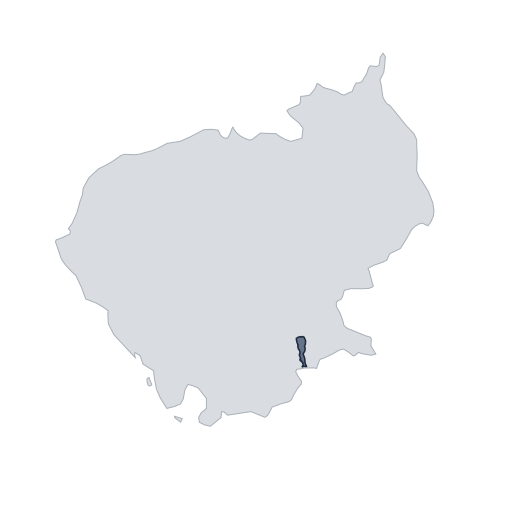 Leuk Daek, Kândal, Cambodia (highlighted), rotated 343°
{"feature_id": "14789045B16500497794809", "entity_name": "Leuk Daek", "entity_type": "district", "adm_level": 2, "iso_a3": "KHM", "parent_name": "Cambodia", "parent_adm1": "Kândal", "projection": "albers", "projection_center": [105.189, 11.12], "detail": "fine", "context": "in_parent", "style": "filled", "palette": "slate", "viewbox_px": 512, "rotation_deg": 343, "n_neighbors": 0, "source": "geoboundaries", "source_scale": "gbopen_adm2", "svg_char_len": 6285}
<svg xmlns="http://www.w3.org/2000/svg" viewBox="0 0 512 512"><g transform="rotate(343 256 256)"><path d="M436.8,99.2L437.9,103.2L435.0,110.8L431.9,117.7L426.0,123.8L425.8,128.2L423.8,141.4L424.6,145.6L426.0,149.2L428.0,151.1L433.3,164.0L438.0,175.7L442.8,185.3L443.6,191.5L439.5,207.0L434.6,221.2L435.1,228.3L437.3,235.4L439.7,244.8L440.6,256.9L439.4,264.8L437.2,269.8L432.9,274.8L429.2,277.4L424.7,273.2L421.1,273.0L416.3,274.3L412.5,276.3L404.8,283.7L396.3,291.0L384.5,292.9L379.9,298.2L375.0,299.0L365.6,299.3L359.5,300.6L359.8,303.2L359.3,315.9L359.4,318.9L358.5,319.6L354.3,320.0L347.1,318.1L337.3,315.0L330.4,314.6L326.9,320.1L324.7,322.2L322.1,322.6L319.4,323.6L318.5,326.0L318.2,329.1L319.6,334.4L320.1,342.7L319.8,348.4L322.3,352.0L337.2,364.1L341.6,367.1L342.1,368.9L339.6,375.5L341.9,384.8L337.2,384.6L329.4,380.7L325.7,378.2L321.2,380.2L319.6,379.8L316.6,375.3L312.6,370.6L308.5,370.3L299.8,372.2L290.9,373.5L287.6,373.5L286.2,374.3L281.0,381.2L278.9,380.0L269.9,377.4L261.8,376.4L260.1,378.2L261.1,383.8L262.9,389.4L261.8,391.7L257.3,394.6L251.4,399.8L247.8,403.9L245.2,404.9L236.2,404.7L227.2,405.2L223.6,409.0L220.2,412.0L217.3,412.8L205.6,403.3L182.3,399.9L179.8,395.7L177.5,394.9L175.3,400.3L162.5,405.5L157.2,402.3L153.2,398.4L153.9,393.8L157.6,390.0L164.0,387.3L166.9,377.7L162.2,365.4L157.9,361.8L153.5,358.9L148.7,363.5L144.7,371.3L140.6,375.3L134.7,376.1L126.2,375.7L123.0,364.0L121.9,354.0L123.2,342.6L124.5,335.8L116.4,326.4L116.0,317.5L112.0,312.9L110.9,315.2L110.9,317.8L109.8,315.9L97.1,289.7L95.0,277.6L97.3,268.3L98.6,265.2L95.0,260.3L89.8,254.6L80.6,247.3L80.0,235.7L78.1,222.1L75.4,217.5L71.2,209.0L69.0,202.1L68.4,183.7L69.6,182.2L76.1,181.8L84.5,180.5L85.9,177.6L84.4,175.1L89.8,171.0L97.6,162.0L103.6,152.5L108.0,146.5L110.6,140.6L119.2,132.2L131.2,126.5L139.3,125.2L147.7,123.2L155.8,120.5L159.6,120.2L169.6,123.7L175.0,124.6L180.7,124.6L186.6,124.9L191.7,124.6L204.0,122.3L217.0,124.2L228.6,122.7L243.0,120.0L250.1,121.7L256.5,124.5L257.4,130.1L258.9,132.6L261.0,134.6L263.9,134.6L267.6,130.7L270.6,126.7L271.6,126.0L271.8,127.9L273.3,132.3L276.1,136.6L278.8,139.4L283.5,143.2L286.5,143.4L296.3,139.8L311.1,145.0L312.8,147.6L317.6,152.8L322.8,156.6L334.3,156.8L338.3,147.5L336.3,141.8L329.8,132.0L328.0,126.1L330.0,125.1L341.1,123.9L342.9,122.8L345.4,116.4L348.4,117.1L354.5,117.9L361.0,113.5L364.9,108.9L367.0,110.9L369.3,114.2L371.8,116.0L376.5,118.8L381.7,122.7L384.9,126.5L387.5,127.9L394.1,126.8L395.9,127.0L399.7,122.3L402.3,119.8L404.6,120.5L407.9,120.4L414.8,114.4L418.7,109.0L420.8,107.5L427.0,110.2L429.5,109.6L433.0,102.1L436.8,99.2ZM118.7,348.6L117.4,349.3L116.2,349.2L115.0,348.2L115.1,344.0L116.0,341.4L118.1,340.9L118.7,348.6ZM137.9,390.0L135.3,392.9L131.1,387.0L131.2,385.4L137.9,390.0Z" fill="#d9dde1" stroke="#a8b0b8" stroke-width="1"/><path d="M270.6,346.5L270.5,346.9L270.4,347.1L270.3,347.3L270.3,347.6L270.2,347.8L270.1,348.0L270.0,350.6L270.0,350.8L270.0,351.0L270.0,351.4L270.0,351.6L270.1,352.2L270.0,353.1L270.2,353.3L270.0,353.5L270.1,353.8L270.0,354.0L269.8,354.2L269.8,354.3L269.7,354.4L269.7,354.5L269.6,354.9L269.6,355.0L269.4,355.1L269.4,357.9L270.0,358.5L270.0,358.8L270.0,361.0L269.8,361.3L269.7,361.4L269.6,361.5L269.4,361.8L269.2,361.9L269.2,362.0L269.2,362.3L269.3,362.4L269.2,362.5L268.9,362.8L268.8,363.0L268.7,363.1L268.5,363.4L268.5,363.5L268.4,363.6L268.4,363.8L268.5,363.9L268.5,364.0L268.6,364.3L268.7,364.5L268.6,364.9L268.6,365.1L268.6,365.3L268.6,365.5L268.6,365.9L268.7,366.2L268.7,366.4L268.7,366.5L268.8,366.7L268.8,366.8L268.8,367.0L268.7,367.1L268.7,367.3L268.7,367.5L268.4,367.6L268.2,367.7L267.9,367.6L267.8,367.8L268.0,367.9L268.1,368.0L268.1,368.3L268.0,368.5L267.9,368.5L267.7,368.5L267.7,368.8L267.8,369.1L267.9,369.3L268.1,369.4L268.3,369.5L268.5,369.6L268.8,369.6L268.9,369.8L268.8,370.0L268.7,370.2L268.7,370.4L268.8,370.5L269.0,370.9L269.1,371.0L269.1,371.3L269.2,371.5L269.3,371.5L269.3,371.8L269.5,371.9L269.4,372.0L269.4,372.3L269.3,372.6L269.3,372.8L269.3,373.0L269.3,373.3L269.3,373.5L269.2,373.9L269.2,374.1L269.0,374.3L268.9,374.5L268.6,374.7L268.4,374.8L268.2,374.9L268.1,375.0L267.9,375.2L267.8,375.4L267.8,375.5L268.1,375.6L268.3,375.6L268.5,375.6L268.9,375.5L269.1,375.5L269.4,375.5L269.6,375.5L269.8,375.6L270.0,375.7L270.3,375.8L270.6,375.9L270.8,376.1L271.1,376.2L271.3,376.3L271.5,376.4L272.0,376.4L272.1,376.2L272.0,375.8L272.0,375.6L272.0,375.3L271.9,375.0L271.9,374.8L271.8,374.5L271.8,374.4L271.8,374.2L271.7,373.9L271.7,373.7L271.7,373.4L271.7,373.1L271.7,372.7L271.7,372.3L271.8,372.1L271.8,371.9L271.9,371.6L272.0,371.4L272.1,371.2L272.1,370.9L272.1,370.7L272.1,370.3L272.2,370.1L272.2,369.9L272.2,369.7L272.3,369.6L272.4,369.4L272.4,369.2L272.4,368.9L272.5,368.7L272.5,368.4L272.6,368.2L272.6,367.9L272.6,367.7L272.6,367.3L272.6,367.2L272.6,366.8L272.6,366.6L272.6,366.3L272.6,366.1L272.6,365.9L272.5,365.6L272.5,365.4L272.5,365.2L272.5,364.9L272.4,364.7L272.4,364.4L272.4,364.2L272.4,363.9L272.4,363.7L272.5,363.5L272.5,363.4L272.7,363.2L272.8,363.1L272.9,362.9L273.0,362.9L273.1,362.7L273.3,362.6L273.5,362.4L273.7,362.2L273.9,362.1L274.0,362.0L274.1,361.9L274.3,361.6L274.5,361.5L274.6,361.4L274.8,361.2L275.0,360.9L275.1,360.7L275.3,360.4L275.4,360.2L275.5,360.0L275.5,359.9L275.6,359.7L275.7,359.4L275.8,359.1L275.9,358.8L275.9,358.6L276.0,358.5L276.0,358.4L276.1,358.2L276.1,357.9L276.1,357.7L276.1,357.4L276.0,357.2L276.1,356.9L276.1,356.7L276.1,356.4L276.1,356.2L276.3,356.0L276.3,355.9L276.5,355.8L276.6,355.7L276.9,355.5L277.0,355.4L277.3,355.1L277.4,354.8L277.5,354.5L277.6,354.2L277.8,353.9L277.9,353.7L278.0,353.4L278.1,353.1L278.2,352.7L278.3,352.5L278.4,352.2L278.5,352.1L278.5,351.9L278.6,351.6L278.6,351.4L278.6,351.2L278.6,350.9L278.6,350.4L278.5,349.9L278.5,349.6L278.5,349.4L278.4,349.1L278.4,348.9L278.3,348.6L278.3,348.4L278.3,348.1L278.3,347.9L278.2,347.7L278.0,347.4L277.9,347.3L277.7,347.2L277.4,347.0L277.2,346.8L277.1,346.7L276.9,346.6L276.7,346.6L276.3,346.6L276.2,346.6L275.9,346.8L275.7,346.8L275.7,346.7L275.4,346.7L275.3,346.4L275.2,346.3L275.1,346.2L274.9,346.2L274.5,346.1L274.3,346.1L274.0,346.1L273.6,346.0L273.3,346.0L273.0,346.0L272.8,346.0L272.5,346.0L272.3,346.0L272.0,346.1L271.8,346.2L271.6,346.3L271.3,346.4L271.0,346.5L270.8,346.5L270.7,346.5L270.6,346.5Z" fill="#64748b" stroke="#1e293b" stroke-width="1.5"/></g></svg>